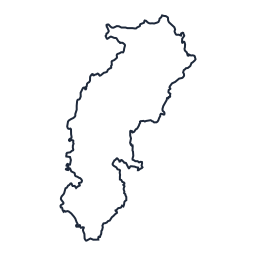 outline of Chhattisgarh
{"feature_id": "IND-3260", "entity_name": "Chhattisgarh", "entity_type": "State", "adm_level": 1, "iso_a3": "IND", "parent_name": "India", "parent_adm1": "", "projection": "albers", "projection_center": [82.048, 20.958], "detail": "fine", "context": "isolated", "style": "outline", "palette": "slate", "viewbox_px": 256, "rotation_deg": 0, "n_neighbors": 0, "source": "natural_earth", "source_scale": "10m", "svg_char_len": 5731}
<svg xmlns="http://www.w3.org/2000/svg" viewBox="0 0 256 256"><path d="M154.1,23.5L157.1,22.6L158.4,22.0L159.3,20.3L159.6,18.6L161.2,17.3L162.1,15.4L163.8,15.9L165.8,16.1L167.7,17.3L168.0,17.9L168.1,20.3L168.7,21.8L169.2,22.5L174.3,27.2L175.1,29.4L174.6,31.1L174.6,31.7L175.4,33.5L176.0,34.5L176.8,34.8L178.7,34.7L181.0,35.6L181.2,35.1L181.0,33.9L181.2,33.4L182.7,32.7L183.2,32.9L183.6,34.3L184.2,35.4L184.2,35.9L182.2,38.7L182.0,41.9L182.2,42.7L182.5,42.8L183.5,41.8L183.9,41.7L184.3,41.9L184.7,42.8L185.1,44.5L184.9,47.3L184.5,48.8L184.8,50.3L185.4,51.1L186.8,52.4L187.7,55.5L188.3,55.7L188.7,55.6L188.9,54.5L191.0,55.5L192.8,55.3L194.3,55.8L194.8,56.4L195.0,57.5L195.4,58.6L195.5,59.4L194.6,60.6L192.5,62.5L191.5,63.0L190.3,66.0L187.8,68.0L186.0,68.2L185.0,69.3L183.8,70.1L183.1,72.4L183.9,73.8L184.1,75.3L183.9,76.1L182.8,77.5L182.0,78.0L179.1,78.6L175.2,81.9L172.0,83.4L169.8,86.4L169.5,87.4L170.3,88.4L170.3,88.9L168.7,90.0L168.4,92.0L168.7,92.6L170.3,93.7L170.0,95.4L170.2,96.2L169.9,96.9L168.8,97.0L168.4,98.2L167.6,97.8L167.0,98.1L166.7,100.0L163.3,106.0L162.5,108.8L162.5,110.1L162.7,110.8L164.1,112.1L164.4,112.7L164.5,113.8L164.3,114.5L163.6,114.6L161.7,113.8L160.9,113.8L160.3,114.7L160.2,116.2L159.3,117.7L158.3,120.4L157.5,121.6L156.5,122.3L154.1,122.4L153.1,121.5L152.1,121.2L151.4,120.6L150.6,120.2L145.9,121.0L144.9,121.5L143.6,120.9L140.5,121.2L140.0,121.6L140.1,122.9L139.5,123.8L138.8,125.8L137.4,128.2L136.9,128.8L135.8,129.3L134.1,131.8L132.6,132.5L132.2,132.2L132.2,131.4L132.1,131.2L130.7,130.8L130.2,131.2L130.2,135.6L131.0,138.4L130.1,142.8L130.7,144.4L131.1,144.1L131.4,144.3L131.8,145.8L132.1,146.0L132.6,145.7L132.7,146.1L132.5,150.5L133.0,151.6L133.3,155.9L132.5,158.7L132.6,159.7L134.2,160.4L135.3,161.2L137.6,161.2L139.1,162.4L140.5,161.8L141.9,162.0L142.1,163.1L141.6,165.7L142.5,167.3L141.8,168.1L140.1,168.9L138.5,170.2L137.9,170.2L138.1,167.6L136.3,167.3L134.6,166.6L130.8,166.2L130.2,166.6L129.2,168.2L128.9,168.3L128.5,167.9L126.0,163.0L125.6,162.8L124.3,162.8L123.7,161.9L121.8,160.1L121.2,160.0L120.3,161.4L119.5,161.6L119.1,160.5L117.5,158.6L117.0,158.3L116.5,158.6L115.4,159.9L114.4,160.4L112.8,163.3L112.6,164.0L112.7,164.7L113.7,165.8L116.4,167.4L117.5,169.3L119.5,169.8L120.0,170.3L119.7,172.8L120.1,174.9L119.9,176.4L119.9,179.5L121.3,180.0L122.3,181.9L123.8,182.4L124.4,183.1L124.4,183.8L123.3,184.9L124.5,186.2L123.7,188.3L123.7,189.5L124.4,191.6L124.1,193.1L125.3,194.2L125.5,195.4L126.3,196.9L126.3,200.2L125.0,201.1L124.4,201.9L124.0,204.8L123.4,206.4L122.1,205.6L121.1,207.4L120.3,207.8L118.4,208.1L117.7,208.6L116.8,209.8L115.5,210.4L115.7,211.0L116.8,211.8L117.0,212.8L115.1,214.2L113.5,215.9L111.8,217.3L109.8,220.5L107.9,221.2L106.8,222.5L105.1,223.2L103.8,223.3L103.4,223.5L102.4,225.7L102.8,227.1L102.2,229.8L101.4,231.0L101.3,233.0L101.1,234.2L100.4,235.4L100.0,237.0L99.6,237.1L98.8,236.7L98.5,236.9L98.2,238.5L98.3,239.6L93.3,239.7L90.4,238.5L86.6,240.6L86.0,240.6L85.1,239.5L84.6,238.4L84.4,234.0L83.4,231.7L83.0,230.4L83.0,229.6L83.8,227.8L83.8,227.5L82.9,227.2L80.9,227.8L80.3,227.2L80.0,225.3L79.4,225.1L79.0,225.3L78.4,226.7L76.5,226.7L76.1,226.0L76.1,225.3L77.5,224.4L77.6,223.9L76.6,222.1L75.3,218.6L74.0,216.7L71.3,213.5L68.6,211.4L67.3,211.1L65.4,211.7L64.9,211.6L64.6,210.9L64.2,210.8L63.5,211.6L62.5,209.8L62.3,208.3L61.9,207.6L61.2,207.2L60.8,207.3L60.5,206.2L60.5,205.8L61.0,205.0L63.2,203.8L63.5,203.1L63.3,202.4L61.4,200.0L60.9,199.0L61.0,197.9L61.6,196.4L63.5,194.3L64.2,193.0L65.5,188.3L66.9,187.6L68.1,185.6L69.3,185.0L70.5,183.5L71.3,183.4L71.6,183.7L72.1,185.1L72.6,186.0L74.7,185.9L76.1,188.0L77.4,186.7L79.8,185.5L79.8,185.1L78.9,183.6L79.0,183.0L81.1,182.5L81.7,181.8L82.0,180.7L81.4,179.4L80.1,178.1L79.0,177.8L77.5,176.8L75.5,176.1L75.0,175.2L74.7,173.3L74.4,172.9L71.3,171.4L70.1,168.5L69.5,168.3L68.9,168.5L68.5,169.1L68.5,169.9L68.2,170.1L66.6,169.8L65.9,169.4L65.9,169.1L66.2,168.7L68.0,167.8L68.4,166.9L68.3,166.4L66.5,165.7L66.5,165.3L67.1,164.2L67.6,163.9L69.2,164.7L70.0,164.6L70.9,160.1L70.0,157.0L66.3,156.5L66.2,155.9L66.5,154.8L66.5,153.5L67.1,152.8L70.2,152.3L71.9,150.8L73.1,150.3L73.3,149.7L72.8,147.6L72.9,145.4L73.6,143.7L73.2,142.9L73.3,140.7L73.0,140.4L71.5,140.0L69.7,141.0L69.0,140.5L69.0,139.9L69.5,139.1L71.4,138.0L71.6,137.1L71.1,134.2L71.0,129.3L70.4,128.6L69.2,128.9L68.3,128.7L67.6,127.8L67.2,126.4L68.0,121.6L68.8,120.5L71.0,119.1L73.5,117.9L74.9,116.6L75.3,115.8L75.3,114.0L76.7,109.7L76.7,105.7L77.1,101.2L77.4,100.2L77.9,99.7L79.0,99.5L79.6,99.1L80.1,98.1L80.7,96.5L80.6,92.8L82.9,88.1L83.4,87.7L83.9,87.6L84.4,87.8L85.3,89.3L85.8,89.3L86.1,88.9L86.2,88.4L85.6,87.1L86.6,86.6L87.1,83.7L87.8,82.9L89.2,82.1L90.0,80.7L90.1,77.0L90.4,76.2L91.5,74.7L92.0,74.2L92.7,74.1L93.1,75.2L93.8,75.4L95.2,74.6L96.6,74.3L97.4,73.6L97.8,73.6L98.7,74.2L99.3,75.3L99.8,75.7L100.8,75.3L103.8,72.8L105.9,72.3L107.1,71.7L107.6,70.3L108.0,69.7L109.9,68.3L110.7,68.2L111.2,67.7L111.1,65.9L111.8,64.9L111.6,61.7L111.9,61.1L114.4,60.0L116.9,57.8L117.0,57.2L116.7,55.2L117.1,54.3L117.7,53.9L119.5,53.3L121.1,52.3L121.8,52.2L123.0,52.4L123.4,51.8L123.9,50.6L124.2,48.4L125.0,45.6L124.9,44.9L124.5,44.3L122.9,43.0L122.0,42.7L120.2,43.0L120.0,42.9L119.7,42.1L118.6,41.7L116.5,38.3L115.8,38.0L114.2,37.9L111.0,36.6L110.5,36.7L107.7,38.6L107.3,38.8L106.8,38.6L105.6,36.0L106.3,34.9L106.5,33.6L107.7,32.9L108.7,31.4L108.7,30.8L107.2,27.3L106.7,26.7L106.8,25.5L106.5,25.1L107.2,24.5L108.5,24.5L110.6,26.7L111.7,27.5L112.6,27.7L113.5,27.7L116.8,26.1L119.0,26.3L121.3,27.5L125.4,27.5L127.3,28.1L132.3,28.1L135.0,28.5L136.1,28.4L137.2,27.4L139.7,26.2L139.9,25.9L140.1,24.5L140.5,24.1L143.7,22.9L144.1,22.6L144.3,21.1L144.7,20.5L146.0,20.8L147.8,22.5L149.1,23.2L150.1,23.4L152.5,23.3L154.1,23.5Z" fill="none" stroke="#1e293b" stroke-width="2"/></svg>